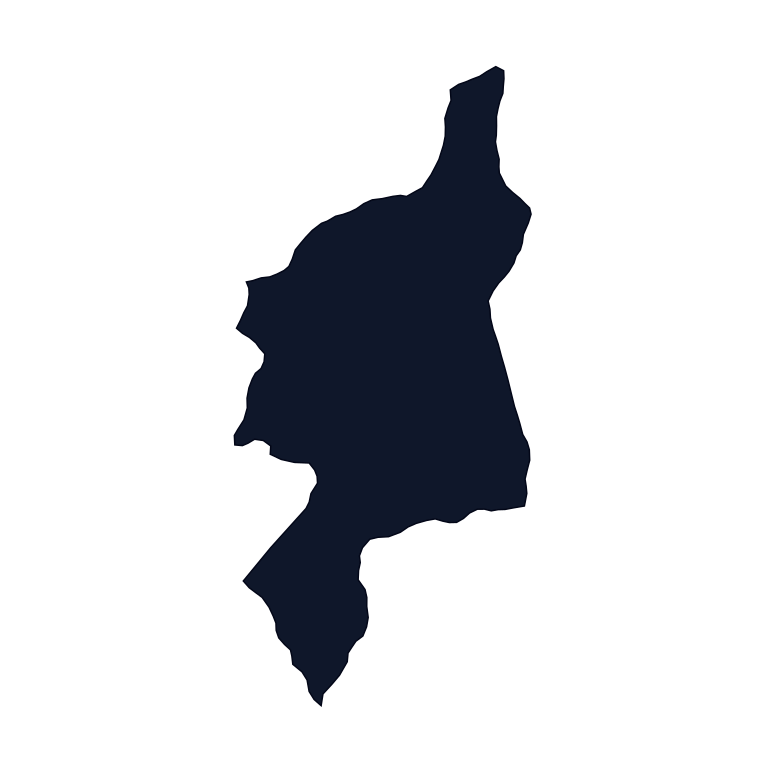 outline of Mirassol, São Paulo, Brazil, rotated 5°
{"feature_id": "56859067B42503050812047", "entity_name": "Mirassol", "entity_type": "district", "adm_level": 2, "iso_a3": "BRA", "parent_name": "Brazil", "parent_adm1": "São Paulo", "projection": "orthographic", "projection_center": [-49.504, -20.829], "detail": "fine", "context": "isolated", "style": "filled", "palette": "ink", "viewbox_px": 768, "rotation_deg": 5, "n_neighbors": 0, "source": "geoboundaries", "source_scale": "gbopen_adm2", "svg_char_len": 2447}
<svg xmlns="http://www.w3.org/2000/svg" viewBox="0 0 768 768"><g transform="rotate(5 384 384)"><path d="M523.7,496.1L534.5,493.3L535.8,480.6L534.5,473.4L532.8,466.4L534.1,457.3L535.8,447.2L534.5,436.8L531.5,429.2L526.6,422.2L522.7,411.4L519.6,403.6L515.9,394.9L507.1,369.1L502.6,356.7L498.4,345.9L494.3,334.4L490.9,326.6L487.9,320.0L484.3,309.0L483.0,300.2L480.5,292.2L484.6,281.7L489.5,273.3L494.5,267.0L498.7,260.8L502.9,252.1L504.5,244.8L508.1,238.5L509.5,231.2L509.8,222.8L513.7,211.0L515.7,202.0L513.7,196.0L508.5,191.8L503.3,187.3L495.5,182.0L488.0,176.1L484.0,169.5L480.5,163.8L479.5,157.6L479.1,150.0L476.2,141.6L473.9,133.0L474.2,126.4L473.6,116.9L472.7,107.8L473.6,99.5L474.8,91.9L477.1,84.1L476.9,77.5L476.9,69.5L475.9,61.5L467.7,58.1L459.2,63.9L452.5,69.2L445.2,72.7L438.8,76.1L432.3,79.0L424.4,85.2L426.1,95.7L423.8,103.3L421.5,114.1L422.8,122.6L423.4,131.8L422.4,141.0L420.7,148.6L419.2,155.5L416.7,161.8L412.6,171.6L409.0,178.0L405.2,185.1L399.4,188.9L390.2,195.2L384.0,194.7L376.5,196.3L366.1,199.5L356.2,201.6L348.2,206.1L341.2,212.0L335.1,215.6L328.3,218.7L321.2,221.1L313.3,226.7L307.7,229.4L299.2,237.2L293.4,244.5L288.8,251.0L284.0,258.1L281.7,267.7L279.0,275.2L274.5,279.7L267.7,283.9L260.8,287.3L252.4,289.0L243.9,292.6L238.0,294.3L241.0,300.2L241.9,306.6L241.2,318.0L238.1,325.3L235.4,333.3L232.2,341.3L238.7,345.9L245.8,349.3L252.8,354.2L257.0,359.1L262.6,364.3L262.6,372.3L260.2,379.3L255.0,384.5L252.4,390.5L249.8,399.6L248.8,410.0L249.9,419.8L247.6,431.9L242.3,442.1L239.4,448.3L240.7,457.7L248.3,457.7L253.7,454.8L259.9,450.3L268.7,450.8L276.6,455.6L276.8,463.9L288.2,468.1L301.7,469.9L316.3,469.2L322.4,475.7L325.4,481.7L326.4,488.6L320.8,499.5L319.8,508.2L317.2,514.8L285.3,557.1L261.0,592.5L267.5,598.7L275.0,603.4L281.2,607.2L288.9,616.3L293.9,624.9L297.2,631.6L298.1,638.9L301.3,646.1L307.6,652.1L314.0,657.0L315.9,663.0L317.6,671.2L327.4,677.9L333.2,685.6L336.2,696.8L341.9,704.4L349.4,709.9L350.2,698.1L358.5,687.3L365.1,677.9L368.1,671.4L371.6,663.9L371.6,655.2L374.9,649.0L378.4,642.7L384.9,636.9L387.8,627.4L388.6,618.0L386.2,607.1L385.5,598.2L383.0,590.4L375.3,581.3L374.9,572.0L375.9,564.0L374.5,557.3L376.8,549.0L383.3,539.9L391.4,537.2L401.9,535.7L413.3,530.2L420.4,524.3L428.3,520.0L438.3,516.2L446.8,513.9L454.6,515.5L461.2,516.3L468.4,515.5L474.9,511.0L480.4,505.1L487.9,500.6L495.0,499.9L501.9,501.0L508.6,499.2L515.5,498.4L523.7,496.1Z" fill="#0f172a" stroke="#020617" stroke-width="1.5"/></g></svg>